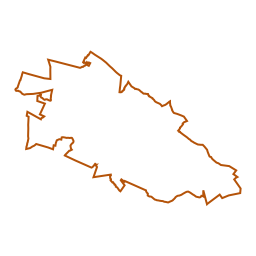 outline of Atlacomulco, México, Mexico
{"feature_id": "50627088B32133726241460", "entity_name": "Atlacomulco", "entity_type": "district", "adm_level": 2, "iso_a3": "MEX", "parent_name": "Mexico", "parent_adm1": "México", "projection": "mercator", "projection_center": [-99.861, 19.816], "detail": "fine", "context": "isolated", "style": "outline", "palette": "amber", "viewbox_px": 256, "rotation_deg": 0, "n_neighbors": 0, "source": "geoboundaries", "source_scale": "gbopen_adm2", "svg_char_len": 5564}
<svg xmlns="http://www.w3.org/2000/svg" viewBox="0 0 256 256"><path d="M55.5,61.5L48.2,59.7L50.4,66.8L50.3,69.1L50.4,79.0L44.2,78.3L28.5,74.0L22.8,72.3L22.2,74.0L21.6,76.4L21.3,77.2L20.4,80.2L20.0,80.3L17.8,86.7L17.7,87.4L17.4,87.7L16.8,88.2L16.4,88.5L16.2,88.5L15.9,88.7L15.5,89.2L15.4,89.4L15.5,89.9L15.9,90.6L16.1,90.8L16.6,90.9L16.9,90.9L17.3,90.9L17.9,90.7L18.4,90.8L18.5,91.0L19.4,91.4L19.9,91.4L20.2,91.6L20.4,91.9L20.8,92.2L21.1,92.4L21.6,93.1L21.9,93.4L22.1,93.7L22.5,93.9L23.1,94.2L23.7,94.5L24.6,94.7L25.2,94.5L26.3,94.2L33.2,93.9L41.3,92.7L52.2,89.8L50.8,96.2L51.1,95.6L51.1,95.8L51.0,96.2L50.9,97.6L50.8,97.9L50.7,98.1L50.7,98.3L50.9,99.5L50.9,99.8L50.9,100.2L50.8,100.5L50.5,100.7L50.2,100.7L49.9,100.6L49.2,100.4L48.0,99.8L47.4,99.6L47.0,99.3L46.6,99.3L45.6,99.4L45.2,99.6L44.8,99.8L44.6,99.8L44.0,99.5L43.7,99.3L42.4,98.1L42.2,97.9L41.3,97.6L40.8,96.9L40.5,96.4L40.5,96.2L40.7,95.5L41.0,95.0L41.0,94.7L40.8,94.6L40.6,94.6L40.2,94.7L39.7,95.1L39.4,95.4L39.2,95.6L38.0,95.8L37.5,96.0L37.3,101.0L44.9,103.6L39.9,114.4L44.2,116.4L43.2,117.3L41.5,118.1L41.1,118.7L40.9,119.3L27.4,111.8L26.7,115.8L28.6,116.7L28.2,124.8L28.3,128.5L28.1,136.2L28.4,138.7L28.0,140.4L27.7,142.1L27.2,143.4L27.2,144.1L26.7,146.1L26.5,146.5L26.2,149.0L30.0,148.1L30.5,147.8L32.4,146.5L34.0,145.8L35.1,145.0L36.2,144.0L48.2,147.5L53.0,149.3L53.7,145.3L55.4,145.7L55.8,143.1L56.8,140.3L59.3,139.2L61.3,139.6L61.7,137.4L62.8,137.2L64.9,137.5L66.5,137.9L67.6,137.8L68.3,137.8L69.7,138.0L71.0,137.8L71.4,137.8L71.9,137.9L72.3,138.4L73.4,140.6L73.5,141.7L73.1,142.6L71.7,143.8L70.5,145.5L70.5,146.1L70.9,148.2L71.1,148.8L71.8,149.7L70.1,150.6L69.3,150.7L65.1,155.0L64.8,155.5L75.4,160.5L91.0,167.4L91.5,167.6L92.5,167.1L93.3,166.2L93.6,165.9L94.4,164.9L94.6,164.5L95.2,163.8L95.4,163.9L95.7,164.4L95.4,164.6L95.2,165.0L95.5,165.0L96.1,164.9L96.0,165.0L95.5,165.1L95.4,165.3L95.6,165.4L96.0,165.3L96.5,166.0L96.6,166.5L97.0,167.0L93.5,177.2L110.8,174.6L110.9,175.4L110.1,176.2L110.1,176.9L110.3,178.4L111.0,179.2L111.0,179.5L110.9,179.8L110.6,179.9L110.5,180.2L110.6,180.4L112.2,182.2L112.5,182.1L112.9,182.2L112.9,182.5L113.2,182.5L113.3,182.9L113.9,183.5L114.2,183.6L114.3,183.7L114.3,184.2L114.5,184.6L114.8,184.5L115.0,184.8L115.4,185.0L115.8,185.8L115.8,186.7L117.2,187.4L117.4,187.7L118.1,188.7L119.2,190.3L119.7,190.8L120.4,191.3L124.6,185.3L120.8,180.3L121.0,180.0L121.4,179.4L124.5,181.7L124.8,181.0L146.0,190.4L146.0,190.9L146.5,192.1L146.9,192.7L147.5,193.2L147.8,193.7L147.7,193.8L147.8,194.6L147.7,195.5L148.8,196.2L149.6,196.5L150.4,196.5L151.0,196.6L151.6,196.9L154.7,199.5L155.8,199.8L156.1,199.9L156.4,200.1L156.7,200.2L158.0,200.4L158.3,200.4L159.5,200.7L160.2,200.8L161.4,201.0L162.9,201.1L163.3,201.3L163.9,201.6L164.6,201.8L165.6,201.9L167.8,202.4L168.4,202.4L168.8,202.2L169.4,201.8L170.0,201.6L170.7,201.3L171.9,200.8L172.9,200.2L173.3,199.6L173.7,199.3L174.1,199.0L174.3,198.8L174.5,198.5L175.1,197.9L175.5,197.2L176.9,196.2L177.7,195.8L178.1,195.7L179.1,195.6L179.6,195.5L180.5,195.1L181.4,194.8L182.0,194.4L182.4,194.1L185.2,192.5L186.2,192.0L186.7,191.8L187.9,191.6L188.3,191.6L190.3,192.7L192.6,194.3L193.2,194.7L193.8,195.0L194.4,195.4L194.8,195.7L195.6,196.3L196.0,196.6L197.0,196.9L198.1,197.1L199.2,197.4L200.0,197.3L200.3,197.2L200.9,196.7L201.4,195.8L202.4,196.1L202.9,196.1L203.2,196.3L203.3,190.3L206.2,201.3L207.0,204.2L207.4,203.8L219.7,194.6L222.2,198.1L228.8,195.4L240.2,193.1L240.6,188.5L234.2,179.4L235.9,177.8L237.4,177.0L233.4,174.1L236.2,170.4L229.2,166.1L220.9,165.0L218.5,163.3L216.5,162.6L213.2,159.8L211.9,158.5L211.2,157.1L209.7,156.6L209.5,156.4L208.2,153.2L207.5,151.3L207.1,149.8L204.4,146.5L202.7,144.8L201.0,144.8L197.9,144.5L196.0,143.6L194.6,142.9L194.3,142.8L193.3,142.1L191.9,141.3L191.4,141.1L190.0,139.6L188.9,139.0L187.1,137.4L183.2,134.6L179.8,132.0L179.5,131.9L179.7,131.6L178.2,130.7L180.0,128.4L180.0,128.1L180.0,127.6L180.3,127.4L181.3,126.4L182.2,125.3L183.0,124.2L182.7,123.5L184.2,122.1L185.1,121.8L187.0,121.0L183.9,116.6L181.4,115.5L177.2,113.9L174.0,113.0L173.7,112.6L173.4,112.4L172.2,110.4L172.0,109.8L172.1,109.7L172.0,109.4L170.8,106.2L170.3,105.7L170.2,104.0L170.0,103.0L170.0,101.9L170.0,101.3L169.3,101.7L168.1,102.8L167.7,103.0L166.4,104.2L165.7,104.5L165.4,104.8L164.5,105.2L163.5,105.5L162.0,106.2L160.9,104.8L159.8,103.8L156.2,102.2L155.4,101.6L154.9,101.3L154.1,100.0L153.1,99.0L152.9,98.9L152.5,98.6L152.5,98.2L152.4,98.1L151.8,97.8L151.3,97.5L149.8,96.7L149.3,96.0L149.0,96.2L148.9,96.1L149.0,95.8L148.3,95.2L148.2,94.8L148.1,94.3L148.0,94.0L146.3,93.9L145.6,93.8L145.1,93.6L144.5,93.7L144.0,93.7L143.5,93.6L142.6,92.9L142.1,92.4L140.9,91.6L139.9,90.6L138.9,89.8L138.0,89.4L137.2,89.3L135.9,88.8L135.1,89.0L134.4,88.2L131.5,86.4L131.2,86.0L130.1,84.4L129.6,83.7L128.3,81.8L127.2,84.1L126.5,85.0L126.0,85.4L125.3,86.4L125.4,86.5L124.9,87.0L124.8,87.4L124.6,87.6L124.6,87.8L124.5,88.1L124.3,88.2L124.3,88.4L124.1,88.6L124.1,88.9L124.3,89.1L124.1,89.8L123.5,90.0L123.2,90.6L122.4,91.0L122.4,91.3L122.3,91.5L122.1,91.6L121.6,92.1L120.4,92.3L119.5,92.2L120.0,87.5L120.3,85.5L121.2,75.8L119.8,75.2L118.2,73.9L117.4,73.3L116.6,72.6L115.9,72.0L112.2,68.3L109.9,66.3L106.1,62.6L103.0,60.1L101.3,58.8L94.7,54.6L92.6,53.1L91.4,52.3L90.5,51.8L88.4,55.3L87.9,55.1L86.1,57.9L85.3,57.5L83.1,62.3L83.9,63.0L84.4,62.1L85.7,63.1L86.2,63.4L86.9,62.2L87.8,63.2L88.2,62.9L88.5,63.0L88.9,62.5L90.2,63.1L88.8,65.8L86.4,64.7L85.9,64.9L85.7,65.0L85.0,65.5L84.8,65.8L84.5,65.8L84.2,65.9L83.8,66.2L83.3,66.7L82.9,66.9L82.7,66.8L82.4,66.7L80.3,67.8L79.9,67.8L55.5,61.5Z" fill="none" stroke="#b45309" stroke-width="2"/></svg>